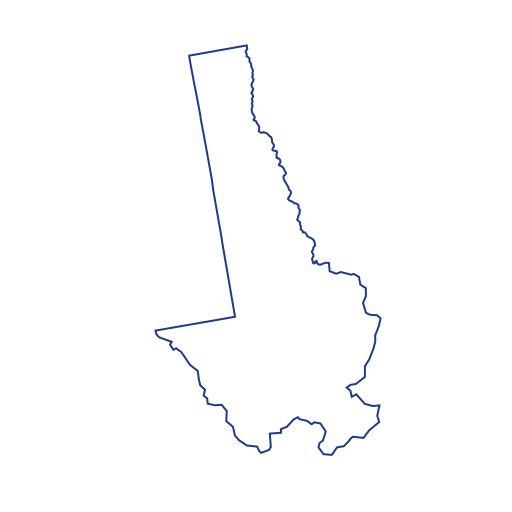 Summit, Utah, United States of America (Natural Earth projection), rotated 260°
{"feature_id": "52423323B4145431150884", "entity_name": "Summit", "entity_type": "district", "adm_level": 2, "iso_a3": "USA", "parent_name": "United States of America", "parent_adm1": "Utah", "projection": "natural_earth1", "projection_center": [-110.71, 40.9], "detail": "fine", "context": "isolated", "style": "outline", "palette": "blue", "viewbox_px": 512, "rotation_deg": 260, "n_neighbors": 0, "source": "geoboundaries", "source_scale": "gbopen_adm2", "svg_char_len": 4122}
<svg xmlns="http://www.w3.org/2000/svg" viewBox="0 0 512 512"><g transform="rotate(260 256 256)"><path d="M200.0,144.1L195.6,144.5L192.6,146.7L186.1,158.1L183.8,155.9L178.0,158.3L179.0,161.3L174.1,165.9L160.4,172.0L152.8,178.7L144.6,178.3L138.4,178.6L133.2,182.6L127.6,180.2L124.2,183.2L118.9,182.8L116.1,189.8L115.4,196.4L108.3,200.3L98.6,198.0L91.7,203.7L83.2,204.0L77.5,207.3L71.0,214.0L68.1,224.0L63.3,225.3L61.3,226.8L62.7,235.0L65.3,237.4L78.7,238.8L77.6,249.9L81.2,250.6L82.4,256.7L88.4,264.5L90.0,269.2L87.8,270.5L84.8,277.6L80.6,281.6L82.1,284.5L79.9,290.4L71.0,294.2L62.5,289.8L60.9,286.2L56.7,284.3L49.1,288.1L47.0,296.2L53.5,302.6L53.4,309.5L57.8,315.5L59.3,316.9L61.2,319.9L58.2,330.3L60.2,332.4L64.8,337.4L71.1,348.5L77.6,347.7L87.4,351.6L88.0,344.8L91.5,337.5L102.4,330.7L100.7,325.8L106.9,325.6L110.7,322.5L112.7,326.7L112.6,332.1L118.0,342.2L128.5,344.1L134.6,349.6L144.2,355.5L151.0,358.6L157.1,359.6L165.5,364.7L173.1,367.9L176.7,364.7L178.2,358.4L180.9,354.5L191.1,353.2L197.5,357.3L205.2,358.6L209.7,353.8L217.6,353.7L221.4,349.0L221.0,346.6L225.5,336.7L224.6,331.9L228.3,325.9L236.5,326.6L237.3,323.2L236.2,317.4L237.7,315.3L239.3,314.9L240.6,314.8L240.4,314.0L240.0,313.2L239.1,313.1L238.7,312.5L238.7,311.5L239.3,311.0L241.4,310.9L243.2,310.6L244.1,311.2L245.1,311.8L246.0,312.6L247.4,312.7L248.8,312.4L249.6,311.9L250.5,311.8L251.1,312.1L252.0,312.8L252.8,313.6L254.0,313.8L255.2,314.8L256.1,316.0L257.4,316.2L258.6,316.1L259.8,315.9L260.9,315.8L262.0,315.3L262.8,314.6L264.0,313.5L264.8,312.2L265.7,311.1L266.5,310.2L267.2,309.7L268.4,309.6L269.4,309.1L270.4,308.3L270.8,308.0L271.1,307.2L270.9,306.9L271.2,306.3L271.8,306.3L273.1,306.1L273.8,305.2L274.6,304.7L275.5,304.8L276.4,305.2L277.6,305.3L278.6,305.0L279.3,304.8L280.4,305.2L281.5,305.2L282.1,304.9L282.8,304.1L283.4,303.7L284.1,303.2L284.8,302.9L285.6,303.5L286.7,304.0L287.8,304.6L288.7,304.9L289.4,305.7L290.1,306.3L291.0,306.4L292.2,306.6L293.1,307.0L293.8,307.2L294.8,306.8L295.9,306.3L296.9,306.3L297.8,306.6L298.3,306.7L298.9,306.6L299.2,306.2L300.0,305.6L300.6,304.9L301.1,304.1L301.1,303.1L301.9,302.4L303.0,301.5L303.8,300.3L304.4,299.1L305.1,298.4L306.1,297.8L306.7,297.5L307.5,297.7L308.0,298.3L308.4,299.0L309.3,299.6L310.2,300.2L311.0,300.8L311.6,301.4L312.6,301.4L313.7,301.4L314.9,300.6L315.8,300.0L316.7,299.8L317.5,300.0L325.9,297.0L327.7,296.7L329.1,296.8L329.9,297.0L330.5,298.1L331.3,299.3L332.4,300.0L334.6,299.2L335.7,298.8L336.7,298.7L337.7,298.4L338.6,297.9L339.5,296.9L340.6,295.9L341.0,295.1L341.5,294.3L342.2,294.5L343.4,295.8L345.0,296.6L346.6,296.4L348.2,295.3L348.3,294.3L348.9,293.7L349.6,293.3L350.0,293.7L351.1,293.7L352.3,293.7L353.4,294.3L354.4,294.8L355.7,294.5L356.3,293.0L356.7,291.6L357.2,291.0L358.0,290.6L358.7,291.0L359.9,291.8L360.6,292.6L361.4,292.8L362.6,292.8L363.8,292.3L364.6,291.9L365.3,291.6L366.1,291.8L367.1,291.8L368.2,291.9L369.2,291.8L369.9,291.4L370.5,291.5L371.4,290.6L372.5,289.5L373.7,289.0L374.7,288.1L375.5,287.2L376.0,286.1L376.7,284.9L376.3,284.0L376.5,282.5L377.8,280.9L378.5,280.3L379.4,280.7L380.3,281.1L382.2,281.6L384.2,281.2L385.4,280.5L387.0,279.9L388.7,279.5L389.8,277.7L390.6,277.2L391.3,277.7L391.5,278.3L392.2,278.7L393.7,278.8L395.0,278.2L397.3,277.2L399.6,277.0L402.0,277.4L403.1,277.9L404.3,278.7L405.9,278.6L406.6,278.2L407.5,278.7L407.8,279.2L409.6,279.5L410.7,279.1L411.9,279.6L412.7,280.4L414.0,280.9L415.6,280.5L416.6,280.1L417.1,279.7L417.5,279.8L418.1,280.5L418.7,281.3L419.7,281.4L421.2,282.3L422.4,281.7L423.6,281.3L425.2,281.2L426.9,282.0L427.9,282.9L428.4,283.4L430.4,284.3L432.4,283.4L433.4,283.5L434.3,284.2L435.6,284.3L437.5,284.4L438.6,285.1L439.8,285.2L441.0,284.9L442.1,284.4L443.6,284.3L445.0,284.5L446.3,284.5L447.5,283.9L448.8,283.3L450.2,283.6L451.9,283.9L453.1,282.9L453.6,282.2L454.6,281.4L455.2,281.7L456.7,281.9L458.2,281.4L459.3,281.4L460.2,282.1L460.8,282.8L461.7,283.4L462.8,283.3L464.5,283.5L465.0,283.4L464.9,225.0L463.4,224.8L452.8,224.9L434.2,225.1L433.2,225.2L404.8,225.6L401.5,225.4L369.9,225.7L338.2,225.8L328.3,225.3L283.9,225.3L274.8,225.1L199.8,224.8L200.0,144.1Z" fill="none" stroke="#1e3a8a" stroke-width="2"/></g></svg>